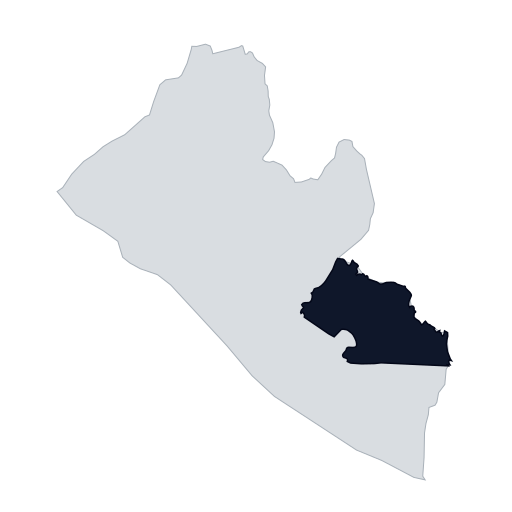 where Grand Gedeh sits in Liberia, rotated 5°
{"feature_id": "LBR-793", "entity_name": "Grand Gedeh", "entity_type": "County", "adm_level": 1, "iso_a3": "LBR", "parent_name": "Liberia", "parent_adm1": "", "projection": "albers", "projection_center": [-8.193, 5.975], "detail": "fine", "context": "in_parent", "style": "filled", "palette": "ink", "viewbox_px": 512, "rotation_deg": 5, "n_neighbors": 0, "source": "natural_earth", "source_scale": "10m", "svg_char_len": 4537}
<svg xmlns="http://www.w3.org/2000/svg" viewBox="0 0 512 512"><g transform="rotate(5 256 256)"><path d="M52.2,209.1L57.5,204.7L65.3,190.5L76.1,176.8L86.2,168.8L94.2,160.4L102.6,154.1L114.7,146.6L133.2,127.0L137.6,124.8L140.6,111.1L145.3,93.8L150.6,88.4L163.2,85.3L166.1,82.3L170.6,70.1L173.5,55.8L173.8,52.7L178.7,52.4L187.2,49.4L192.1,50.8L194.2,54.9L195.3,58.3L220.9,49.5L223.2,47.7L224.5,48.0L227.7,56.0L229.6,55.5L231.1,53.2L232.8,53.0L234.8,54.1L236.8,57.8L240.1,61.2L245.6,63.6L249.1,66.8L248.7,75.4L250.0,83.7L252.4,85.6L253.7,90.6L254.3,96.0L255.6,98.9L256.6,104.4L256.1,110.3L257.1,114.5L261.1,121.7L263.6,130.7L263.7,137.1L262.2,143.8L259.4,150.0L254.6,156.7L254.2,159.3L257.1,161.1L261.4,161.4L264.9,160.1L274.0,163.2L278.8,167.6L282.9,173.1L286.7,175.8L288.4,179.3L294.8,178.3L302.3,175.0L303.8,173.5L306.1,174.3L310.9,174.7L314.3,168.7L317.0,161.8L322.8,154.4L325.7,151.5L326.4,146.7L326.7,140.6L328.8,135.3L333.6,132.3L338.8,132.4L341.6,133.5L343.0,138.6L347.2,142.6L350.7,145.3L352.6,146.4L355.6,149.5L358.4,159.9L369.4,193.5L368.9,202.7L366.7,208.8L366.6,214.7L365.9,220.6L359.1,230.2L339.1,249.8L340.6,251.5L345.4,253.7L350.3,254.9L354.3,254.3L359.3,259.2L364.6,265.4L370.4,268.6L378.6,271.4L385.8,271.7L391.9,270.6L400.6,271.9L409.8,277.0L413.0,285.4L415.3,292.7L418.5,296.4L418.9,302.8L425.4,308.4L434.8,309.5L446.9,316.0L450.0,315.7L451.3,314.8L452.8,316.1L455.8,335.0L458.2,345.0L457.0,349.0L455.3,352.2L455.3,367.5L449.8,376.3L448.9,385.9L447.4,389.0L441.5,391.8L441.5,399.1L439.9,408.1L439.3,417.5L441.0,442.3L441.3,460.8L444.0,464.3L432.6,462.8L399.0,448.7L373.1,440.6L286.6,394.3L262.6,375.7L234.9,348.0L173.5,292.2L159.5,283.2L141.9,278.8L131.0,274.0L123.3,268.9L117.1,253.4L101.7,244.2L73.4,231.0L52.2,209.1Z" fill="#d9dde1" stroke="#a8b0b8" stroke-width="1"/><path d="M337.6,251.3L339.2,251.4L340.2,251.6L342.6,251.5L343.7,251.9L344.8,252.8L347.8,256.8L349.6,257.4L350.8,256.4L351.6,254.5L352.0,252.7L352.5,251.9L353.1,252.3L354.3,253.8L357.4,255.4L358.7,256.9L358.6,257.5L357.8,258.1L357.3,259.8L357.5,260.7L358.4,262.5L358.6,263.3L358.1,264.2L357.2,264.7L356.9,265.3L358.0,266.5L359.1,265.5L360.3,265.0L361.5,265.0L362.6,265.5L363.8,264.4L364.9,264.8L365.8,265.9L366.9,266.8L367.4,266.8L367.7,266.3L368.1,266.0L368.8,266.4L369.3,267.2L369.4,268.1L369.4,268.7L369.6,269.1L370.5,269.5L378.1,271.2L379.3,271.7L380.4,272.3L381.0,272.8L381.9,273.1L383.5,273.0L384.8,272.7L387.1,271.5L388.2,271.0L392.8,270.4L395.5,270.3L397.2,270.7L398.8,271.8L405.2,273.3L405.7,273.4L406.1,273.2L406.6,273.1L407.2,273.3L407.4,273.6L407.7,274.8L408.0,275.2L412.4,278.8L413.9,280.7L414.2,282.0L412.9,285.9L412.4,287.9L412.2,290.2L412.4,292.2L413.5,293.6L413.6,293.1L414.5,292.6L415.7,292.3L416.6,292.3L417.6,293.2L418.0,294.1L418.3,296.4L418.6,296.8L419.2,296.9L419.7,297.2L419.9,297.8L419.7,298.3L418.8,298.8L418.6,299.3L418.5,302.1L418.6,302.9L419.9,304.5L423.8,306.5L425.0,307.7L426.8,310.2L428.1,309.5L429.3,307.5L430.4,306.2L431.0,306.7L432.1,308.0L433.6,309.1L435.3,309.4L435.5,309.8L437.5,310.9L437.8,310.9L439.9,311.9L440.4,312.5L439.6,313.6L440.4,314.2L441.7,315.8L442.4,316.2L443.5,315.7L444.8,314.6L445.5,314.3L445.2,316.0L446.7,316.3L447.4,317.6L447.9,319.0L448.8,319.6L449.6,318.8L450.1,317.2L450.4,314.2L453.5,315.6L454.0,319.1L453.4,323.3L453.3,326.9L455.1,334.7L456.4,337.3L458.5,341.6L459.8,343.2L457.7,342.8L457.0,344.0L457.5,345.9L458.8,347.6L456.9,347.8L456.2,347.7L457.2,348.7L389.9,351.5L383.5,352.8L370.5,354.2L359.6,354.4L356.1,353.1L356.3,352.0L356.3,351.6L356.2,351.2L356.1,350.9L355.8,350.5L355.3,350.2L353.9,349.7L352.3,349.4L351.9,349.1L351.5,348.7L351.1,347.9L351.0,347.4L351.0,346.9L351.1,346.5L351.3,346.1L351.7,345.3L353.8,342.4L353.9,342.1L354.0,341.7L354.2,340.7L354.3,340.3L354.5,339.9L354.7,339.6L355.0,339.3L355.4,339.1L355.7,339.0L356.5,338.8L356.9,338.8L360.1,338.7L361.0,338.6L362.6,338.2L363.0,338.0L363.3,337.7L363.6,337.5L363.8,337.1L363.9,336.8L363.9,336.4L364.0,335.4L363.9,334.7L363.5,333.2L363.0,331.7L361.5,328.9L359.6,326.1L358.2,324.7L357.0,323.9L354.0,322.0L353.2,321.7L352.3,321.5L349.2,321.3L348.2,321.5L347.5,321.7L347.2,321.9L340.9,329.7L335.2,327.2L309.4,312.7L309.6,310.9L308.8,309.3L307.4,307.9L305.9,309.3L305.4,308.3L305.9,306.0L307.7,303.6L307.8,302.7L306.6,301.8L305.8,300.5L307.0,298.9L308.7,298.3L312.7,297.8L314.3,296.8L315.2,294.9L315.6,292.3L315.4,289.8L314.3,288.2L315.8,287.0L317.0,283.7L318.4,283.0L321.2,282.0L323.8,279.8L326.0,277.2L327.6,274.8L333.6,262.9L335.9,254.9L337.5,251.3L337.6,251.3Z" fill="#0f172a" stroke="#020617" stroke-width="1.5"/></g></svg>